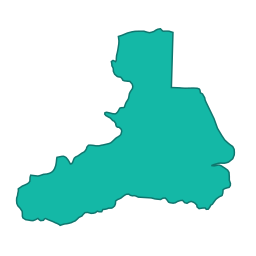 the district of Song, Sarawak, Malaysia, rotated 3°
{"feature_id": "92858781B41369964486545", "entity_name": "Song", "entity_type": "district", "adm_level": 2, "iso_a3": "MYS", "parent_name": "Malaysia", "parent_adm1": "Sarawak", "projection": "natural_earth1", "projection_center": [112.482, 1.826], "detail": "fine", "context": "isolated", "style": "filled", "palette": "teal", "viewbox_px": 256, "rotation_deg": 3, "n_neighbors": 0, "source": "geoboundaries", "source_scale": "gbopen_adm2", "svg_char_len": 3760}
<svg xmlns="http://www.w3.org/2000/svg" viewBox="0 0 256 256"><g transform="rotate(3 128 128)"><path d="M64.7,228.2L65.3,228.8L68.3,227.6L69.9,227.1L71.9,226.8L73.8,226.3L76.3,225.5L77.9,224.6L80.2,223.5L82.1,221.6L83.6,219.9L86.7,218.2L87.6,216.8L89.4,214.8L92.1,214.4L95.6,215.2L98.0,214.9L99.8,214.3L101.7,212.7L103.6,213.2L106.1,213.0L107.1,210.7L109.1,210.4L111.0,209.9L112.7,209.1L116.0,208.8L117.2,208.0L118.7,206.5L119.4,204.4L119.5,201.5L121.5,199.9L122.9,199.3L124.8,198.2L126.2,196.9L128.0,195.4L129.8,194.3L132.2,194.0L133.9,195.1L136.0,195.5L137.7,195.2L139.1,195.4L141.9,196.5L143.5,196.5L154.9,196.6L158.7,197.4L164.3,197.7L166.4,196.3L168.9,196.0L170.4,197.4L172.4,199.9L173.9,200.4L177.0,200.7L179.1,200.2L181.4,198.7L184.1,197.7L186.3,197.4L188.5,199.6L190.9,200.1L192.8,198.8L194.9,198.0L197.2,198.7L198.6,199.4L200.7,201.3L201.1,203.2L203.2,204.8L206.3,204.1L209.2,203.8L210.4,205.1L212.4,204.9L213.8,202.7L214.7,200.7L216.3,199.6L217.0,198.4L218.0,196.9L219.3,194.9L220.5,193.7L222.3,192.3L223.2,191.6L224.6,191.0L224.9,190.8L225.5,190.4L226.1,188.0L226.2,184.6L227.7,183.5L230.1,182.6L232.1,182.0L233.2,180.1L233.2,178.0L231.9,174.8L231.7,171.2L231.2,167.1L229.7,164.9L227.1,163.2L225.7,162.4L223.1,160.9L220.8,160.2L218.5,160.7L216.1,161.3L213.2,161.2L215.4,160.1L217.7,159.3L220.1,158.5L222.4,158.2L224.6,158.2L226.1,158.1L227.7,157.7L229.7,157.0L230.9,156.2L234.2,153.2L235.5,149.3L235.5,146.7L235.1,143.7L233.5,141.0L230.6,139.2L228.2,137.4L225.2,134.9L222.0,130.6L219.8,127.3L217.4,123.7L213.4,114.2L204.6,98.2L203.5,95.9L203.0,93.8L200.6,90.1L198.5,89.1L197.8,86.3L197.1,85.3L195.2,84.7L191.2,84.7L187.2,85.0L183.0,85.3L180.0,85.3L177.4,85.2L169.2,85.3L167.9,30.2L164.0,29.2L162.4,29.2L162.2,29.2L160.2,29.3L158.3,29.5L157.2,29.1L155.2,27.2L152.6,27.8L150.7,28.8L148.9,30.2L146.6,31.1L144.4,31.7L142.0,31.3L138.8,30.5L133.5,30.8L130.0,31.1L127.1,31.7L122.4,33.2L117.0,35.8L113.6,37.1L113.9,38.7L114.4,41.5L114.4,44.5L113.8,50.3L113.4,53.1L112.8,56.2L112.7,59.2L112.8,60.8L112.1,62.4L110.8,61.8L109.5,61.3L107.9,62.5L108.5,65.1L108.7,66.8L109.7,68.3L110.2,69.6L110.4,72.1L111.8,74.9L113.5,76.3L114.4,77.0L115.2,77.3L116.4,77.5L116.6,77.5L118.0,77.6L119.5,79.1L120.4,80.6L122.0,81.1L125.2,81.3L127.5,81.4L129.9,84.0L130.6,86.2L130.4,88.3L129.4,90.0L128.4,91.7L127.6,93.7L127.2,96.9L126.9,98.7L126.0,100.4L124.8,102.5L124.1,104.4L123.3,107.5L122.2,107.9L120.1,108.1L118.8,108.6L117.5,111.3L116.8,112.6L115.5,114.0L114.4,114.6L111.8,114.5L109.5,114.0L107.7,113.7L105.8,113.4L104.2,113.9L104.0,115.3L105.2,116.7L108.0,118.1L109.8,118.9L112.3,121.3L113.9,122.0L115.6,124.3L115.6,125.3L116.4,127.1L117.5,127.7L119.1,127.8L120.4,128.8L121.4,129.8L121.9,131.5L121.6,133.2L121.2,134.9L120.4,135.9L118.9,137.1L118.2,137.6L117.5,138.0L116.2,139.0L114.9,140.4L113.1,142.3L111.6,143.7L109.9,144.5L107.9,145.1L106.2,145.6L104.1,146.2L102.3,146.6L100.1,147.3L97.0,147.5L94.6,147.2L92.8,147.1L90.8,147.1L89.4,147.3L87.9,149.3L87.5,151.3L86.5,152.9L85.7,154.0L84.5,154.8L83.1,155.6L81.4,157.0L79.3,158.6L77.2,159.7L75.9,161.0L75.3,162.6L74.6,165.0L73.6,166.6L72.3,166.9L70.8,164.5L69.7,162.9L68.5,161.6L67.8,160.8L66.5,160.1L65.1,159.6L63.4,159.8L58.6,161.0L58.4,162.3L58.2,166.2L57.8,169.3L56.8,172.4L55.7,174.5L53.9,176.3L51.8,177.4L49.3,178.2L46.0,178.7L42.6,180.1L40.6,180.7L37.4,180.5L33.3,180.2L32.8,182.3L32.8,186.3L31.7,188.0L29.9,189.3L27.6,190.5L25.5,191.5L21.6,194.5L21.8,196.6L21.4,199.0L21.2,201.3L20.5,203.7L20.5,206.2L20.9,209.1L22.1,211.5L24.5,213.8L26.7,216.8L27.0,219.4L27.1,221.6L27.8,223.3L30.6,224.9L33.7,225.2L35.9,225.5L38.0,225.5L40.1,224.6L42.8,223.0L44.3,224.4L45.6,225.1L48.4,224.6L49.3,223.2L50.5,222.7L52.9,223.7L58.0,225.4L60.5,226.5L62.4,227.1L64.7,228.2Z" fill="#14b8a6" stroke="#0f766e" stroke-width="1.5"/></g></svg>